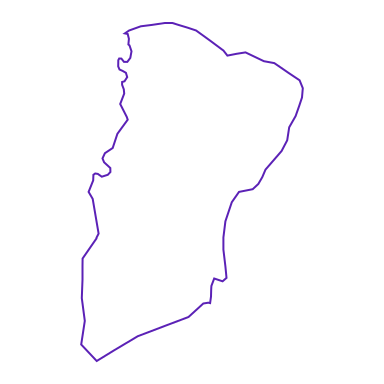 Ayamelum, Anambra, Nigeria (Natural Earth projection)
{"feature_id": "59680162B31003411858547", "entity_name": "Ayamelum", "entity_type": "district", "adm_level": 2, "iso_a3": "NGA", "parent_name": "Nigeria", "parent_adm1": "Anambra", "projection": "natural_earth1", "projection_center": [6.989, 6.555], "detail": "fine", "context": "isolated", "style": "outline", "palette": "violet", "viewbox_px": 384, "rotation_deg": 0, "n_neighbors": 0, "source": "geoboundaries", "source_scale": "gbopen_adm2", "svg_char_len": 1303}
<svg xmlns="http://www.w3.org/2000/svg" viewBox="0 0 384 384"><path d="M124.9,33.4L127.7,34.0L128.9,38.8L128.4,44.5L129.5,45.4L131.5,51.3L130.3,57.9L127.3,61.9L124.0,61.9L121.4,58.6L119.2,58.5L118.3,60.2L118.2,66.4L119.5,69.5L122.6,70.9L125.9,72.8L127.2,77.1L124.5,81.3L122.1,82.0L122.1,84.8L123.8,89.3L124.2,93.6L120.2,104.0L126.8,117.0L127.7,119.7L117.4,133.8L112.7,148.0L104.9,153.2L102.5,158.4L104.1,162.3L110.3,168.0L110.4,172.0L107.8,174.8L101.8,176.7L97.8,173.9L95.2,173.5L93.4,174.8L93.2,180.4L88.6,191.9L92.7,198.9L98.6,233.6L96.5,237.7L96.5,238.4L82.6,258.5L82.5,265.9L82.5,279.6L81.8,298.1L84.8,320.9L81.2,344.5L96.7,361.0L114.3,350.2L137.8,336.2L165.7,325.6L188.5,317.0L203.3,303.5L208.3,302.7L210.1,303.1L211.0,296.6L211.2,289.3L211.4,285.9L214.2,278.5L222.6,281.3L226.5,277.9L225.9,271.5L225.4,266.4L223.4,249.6L223.4,237.5L225.4,221.3L231.8,202.2L239.0,191.9L252.7,189.2L257.1,185.1L258.3,184.0L262.3,177.1L265.5,169.6L281.6,151.0L287.2,140.3L289.2,127.3L295.2,116.8L295.6,116.1L299.2,105.9L302.0,97.5L302.8,88.2L299.6,80.3L288.4,72.8L284.5,70.1L274.3,63.1L263.9,61.2L245.5,52.4L236.6,53.8L227.4,55.6L223.4,50.5L222.0,49.5L210.2,40.7L196.1,30.5L187.7,27.7L178.1,24.8L172.4,23.0L164.8,23.0L152.0,24.9L140.8,26.3L129.1,30.5L124.9,33.4Z" fill="none" stroke="#5b21b6" stroke-width="2"/></svg>